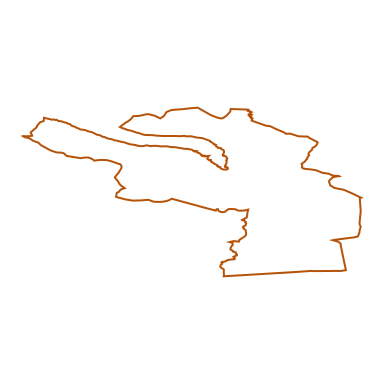 the district of Loabák sme 1, Troms, Norway
{"feature_id": "86288312B71092207563612", "entity_name": "Loabák sme 1", "entity_type": "district", "adm_level": 2, "iso_a3": "NOR", "parent_name": "Norway", "parent_adm1": "Troms", "projection": "robinson", "projection_center": [17.762, 68.717], "detail": "fine", "context": "isolated", "style": "outline", "palette": "amber", "viewbox_px": 384, "rotation_deg": 0, "n_neighbors": 0, "source": "geoboundaries", "source_scale": "gbopen_adm2", "svg_char_len": 6010}
<svg xmlns="http://www.w3.org/2000/svg" viewBox="0 0 384 384"><path d="M338.9,176.0L332.9,175.6L328.7,173.7L322.3,172.8L317.7,170.8L314.9,170.0L309.7,169.3L305.8,169.0L302.8,168.3L301.9,167.3L302.2,165.9L302.2,165.3L301.6,163.9L304.7,161.7L306.5,159.3L307.2,158.9L307.4,158.3L307.3,157.6L308.1,156.4L308.8,155.8L309.1,155.3L308.4,153.9L309.2,152.3L312.1,149.6L312.4,148.0L315.5,146.2L316.4,145.2L317.3,143.6L317.6,142.2L309.4,137.9L307.6,136.6L298.6,136.3L290.0,133.6L286.2,133.8L283.3,132.1L275.3,128.7L269.9,126.1L266.3,125.8L251.6,120.6L251.6,120.0L252.5,118.6L251.4,118.1L251.5,117.9L251.3,117.8L251.4,117.7L251.2,117.5L251.2,117.3L250.5,117.0L250.8,116.6L250.5,116.5L251.0,116.1L250.1,115.8L249.4,115.8L248.9,115.3L250.2,114.8L249.5,114.7L249.1,114.3L249.6,114.1L249.3,114.0L249.4,113.9L250.8,113.1L250.8,112.8L250.5,112.6L251.3,112.2L250.8,112.0L250.8,111.7L250.1,111.3L249.2,111.0L248.2,111.1L248.1,110.8L247.4,110.6L247.3,110.4L248.4,109.8L248.4,109.6L230.7,109.0L230.2,111.6L226.7,115.5L224.1,117.4L221.8,118.4L220.2,118.3L216.9,117.5L210.9,115.1L197.7,107.7L189.7,108.3L182.4,109.2L173.6,109.8L171.0,110.2L167.0,111.8L166.1,112.4L164.9,114.6L164.0,115.8L163.0,116.7L160.2,118.4L154.9,115.8L149.0,114.3L147.6,114.2L145.8,114.4L140.6,115.6L137.9,116.0L133.3,116.1L131.7,118.2L130.0,119.9L127.3,121.8L125.6,122.7L120.0,126.9L120.8,127.2L121.6,127.8L122.3,128.2L124.2,128.6L127.2,129.9L131.1,130.7L132.5,131.3L133.6,131.5L136.3,132.5L140.6,133.6L141.8,134.2L144.7,134.9L153.6,135.2L156.1,135.6L162.7,136.0L175.6,136.0L180.2,136.2L183.4,135.9L185.1,136.0L186.1,136.3L188.9,136.4L190.0,136.2L192.6,136.6L196.6,137.5L202.7,138.2L208.6,140.4L208.3,140.5L208.9,140.4L210.3,141.5L210.5,141.8L212.2,142.6L213.0,143.3L213.4,143.4L213.7,144.1L214.6,144.4L213.9,144.6L213.7,144.8L214.6,144.4L214.9,144.7L214.5,144.8L214.9,144.7L215.7,145.1L216.2,146.5L217.2,146.7L218.5,147.9L217.8,148.1L217.9,148.4L217.9,148.1L218.7,147.9L219.7,148.0L219.3,148.4L219.9,148.0L220.2,148.1L221.7,149.2L223.1,149.8L223.8,150.4L223.8,151.2L224.0,151.4L224.0,152.2L223.7,153.2L223.0,154.2L222.8,155.0L222.9,155.3L223.5,155.8L224.1,155.5L224.4,155.5L224.0,155.7L224.2,155.8L224.8,155.6L224.5,155.9L225.0,155.9L225.4,156.4L226.1,156.7L226.7,157.6L226.7,157.8L227.3,158.5L227.0,159.2L226.2,160.3L226.7,160.9L226.4,163.6L225.6,164.6L225.7,165.3L225.1,165.7L224.9,166.2L224.8,166.5L225.1,167.0L227.2,167.3L227.9,168.0L228.0,168.3L227.8,168.7L226.9,169.2L226.7,169.6L223.4,169.5L221.4,168.8L220.3,167.9L220.4,167.3L218.4,166.8L218.1,166.6L218.3,166.5L217.7,166.3L218.0,166.0L217.1,165.1L214.7,164.0L213.7,163.2L213.1,163.0L212.5,162.3L211.4,162.1L211.4,161.7L210.6,161.1L210.4,160.8L210.9,160.3L211.8,160.0L209.4,159.9L208.9,160.0L208.8,159.8L207.5,159.1L207.4,158.8L207.6,158.6L207.5,158.2L208.3,156.5L208.9,155.9L205.1,156.3L204.7,156.2L204.0,156.4L203.7,156.2L204.6,156.1L205.0,156.3L205.2,156.0L205.8,156.0L204.9,155.7L202.5,155.8L202.1,156.0L201.5,155.4L202.0,155.1L201.2,154.7L200.6,154.1L199.8,153.6L199.6,153.2L197.6,152.7L197.3,152.2L196.5,151.9L196.4,151.6L196.8,151.2L196.1,151.1L196.3,151.3L194.7,151.6L193.1,150.8L192.5,150.1L191.9,149.7L187.0,148.8L184.9,148.9L175.3,147.2L170.4,147.0L166.9,146.3L160.7,146.4L157.1,145.9L154.4,145.9L153.8,145.8L150.5,146.1L147.2,145.4L146.3,145.4L143.7,146.0L141.6,146.2L138.1,145.8L135.7,145.3L135.5,145.2L135.9,145.1L135.6,145.0L130.2,144.3L126.8,143.3L124.5,142.4L120.7,141.7L120.0,141.4L118.2,141.1L117.0,140.6L114.4,140.3L112.4,139.4L109.2,138.8L106.4,138.0L105.6,137.4L103.0,136.7L102.0,136.6L101.4,136.0L100.2,135.3L97.0,134.7L92.0,132.2L87.7,131.2L86.3,130.5L85.0,130.1L82.9,129.7L81.3,129.6L80.2,129.3L77.7,128.1L76.4,127.7L75.1,126.9L72.4,126.0L70.7,125.0L70.3,124.3L67.9,123.6L66.5,122.8L63.4,122.1L61.5,121.3L58.2,121.0L56.9,119.8L55.3,120.0L53.8,119.4L52.0,119.7L44.0,117.8L43.7,121.0L39.9,122.4L37.2,125.6L36.6,127.3L30.7,132.4L31.0,133.4L31.7,134.5L32.2,135.7L29.2,136.2L25.0,136.3L23.7,136.0L23.0,136.2L24.5,137.1L28.5,138.0L30.5,139.0L33.0,140.7L38.5,142.7L40.5,144.8L41.9,145.7L50.7,150.5L56.4,152.4L61.7,152.7L62.8,153.0L64.0,153.4L65.9,155.3L66.9,156.0L80.8,158.2L84.6,157.5L88.2,157.5L90.1,158.1L92.5,159.3L94.5,160.7L96.4,160.3L101.0,159.9L106.7,160.1L111.7,161.4L120.6,164.5L121.6,166.4L121.3,168.3L118.8,172.4L114.8,177.3L118.0,181.4L119.4,183.8L120.8,185.4L124.7,188.1L120.9,189.5L119.8,190.5L119.0,191.7L116.7,193.0L116.4,195.5L116.0,196.7L117.0,197.2L125.5,199.4L132.6,200.6L141.9,200.4L145.1,200.0L148.4,199.8L152.2,201.2L154.1,201.8L160.9,201.9L165.5,201.3L169.3,200.1L171.6,198.7L207.2,208.4L215.8,210.6L216.2,209.6L216.6,209.2L217.5,209.2L218.0,209.3L218.0,209.9L218.8,211.0L220.3,211.7L221.7,212.2L224.3,212.0L225.0,211.7L228.1,209.3L229.3,209.1L231.2,209.0L234.7,209.2L235.9,209.4L237.0,210.2L238.5,210.6L240.1,210.7L244.7,210.5L248.2,209.6L247.5,212.4L246.8,217.5L242.0,220.0L242.3,220.3L243.7,220.3L244.5,220.6L245.7,222.0L245.3,222.6L246.0,223.2L246.1,223.7L245.6,225.3L243.0,226.8L243.4,227.6L243.4,228.2L243.9,228.4L244.1,229.0L245.4,229.8L245.8,230.5L245.8,231.8L246.2,234.0L245.6,235.6L245.0,236.2L239.4,239.9L238.9,241.6L233.4,241.1L229.7,242.1L232.6,242.9L232.7,244.7L230.9,247.3L230.4,249.1L231.0,250.0L232.8,250.7L233.0,251.6L235.7,252.3L235.8,253.6L236.6,254.1L237.0,254.6L236.9,255.2L236.1,255.7L233.4,256.8L233.6,257.3L234.8,258.1L234.7,259.0L233.9,259.3L230.2,259.6L227.4,260.1L225.6,261.3L224.2,261.7L221.8,262.0L221.4,262.4L221.7,262.9L222.3,263.4L222.3,263.7L220.6,265.2L220.2,266.6L221.3,267.8L223.6,269.3L223.9,269.8L223.7,272.4L224.0,274.4L223.7,276.3L297.3,271.9L311.3,270.9L313.5,271.1L341.3,270.9L345.9,270.1L343.5,258.9L340.7,245.3L340.7,243.8L339.7,242.8L338.2,241.7L332.9,240.2L334.6,239.8L354.0,237.4L357.9,236.4L359.4,232.7L359.6,230.6L360.7,226.7L359.8,224.9L359.5,223.7L360.7,211.1L359.8,198.1L361.0,197.7L353.0,193.8L345.3,190.4L343.1,189.6L339.4,189.0L334.5,187.9L330.4,185.5L329.1,182.1L329.1,180.9L329.9,179.9L331.0,179.0L332.3,177.6L335.7,176.6L339.2,176.2L338.9,176.0Z" fill="none" stroke="#b45309" stroke-width="2"/></svg>